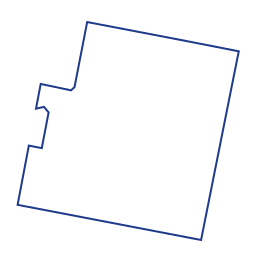 Marquette, Wisconsin, United States of America (Equal Earth projection), rotated 191°
{"feature_id": "52423323B3939200165575", "entity_name": "Marquette", "entity_type": "district", "adm_level": 2, "iso_a3": "USA", "parent_name": "United States of America", "parent_adm1": "Wisconsin", "projection": "equal_earth", "projection_center": [-89.29, 43.813], "detail": "fine", "context": "isolated", "style": "outline", "palette": "blue", "viewbox_px": 256, "rotation_deg": 191, "n_neighbors": 0, "source": "geoboundaries", "source_scale": "gbopen_adm2", "svg_char_len": 361}
<svg xmlns="http://www.w3.org/2000/svg" viewBox="0 0 256 256"><g transform="rotate(191 128 128)"><path d="M221.7,31.5L34.9,32.0L34.2,174.4L33.9,224.4L84.5,224.5L188.3,224.2L188.3,182.9L188.3,174.5L188.3,157.9L191.1,154.1L222.1,154.6L222.0,129.4L214.6,132.7L208.9,128.2L208.8,91.8L222.0,91.8L221.7,31.5Z" fill="none" stroke="#1e3a8a" stroke-width="2"/></g></svg>